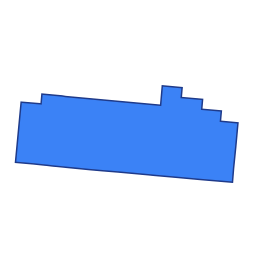 outline of Pend Oreille, Washington, United States of America, rotated 95°
{"feature_id": "52423323B67594083249097", "entity_name": "Pend Oreille", "entity_type": "district", "adm_level": 2, "iso_a3": "USA", "parent_name": "United States of America", "parent_adm1": "Washington", "projection": "orthographic", "projection_center": [-117.196, 48.523], "detail": "fine", "context": "isolated", "style": "filled", "palette": "blue", "viewbox_px": 256, "rotation_deg": 95, "n_neighbors": 0, "source": "geoboundaries", "source_scale": "gbopen_adm2", "svg_char_len": 641}
<svg xmlns="http://www.w3.org/2000/svg" viewBox="0 0 256 256"><g transform="rotate(95 128 128)"><path d="M172.9,19.2L158.9,19.3L137.6,19.0L113.3,18.9L113.2,36.5L102.9,36.5L102.9,56.2L93.0,56.2L93.0,77.6L83.1,77.6L83.0,97.5L102.5,97.5L102.1,193.0L101.8,196.4L101.7,216.7L111.5,216.7L111.6,236.7L172.0,237.1L172.0,228.0L172.0,219.0L172.2,207.8L172.2,207.0L172.2,206.8L172.2,206.3L172.2,206.2L172.2,205.5L172.2,205.4L172.4,200.0L172.8,162.8L172.8,162.7L172.8,150.9L172.8,149.3L172.8,149.2L172.7,133.3L172.8,105.6L172.8,103.9L172.9,97.4L172.9,76.1L173.0,54.0L173.0,47.6L172.9,19.2Z" fill="#3b82f6" stroke="#1e3a8a" stroke-width="1.5"/></g></svg>